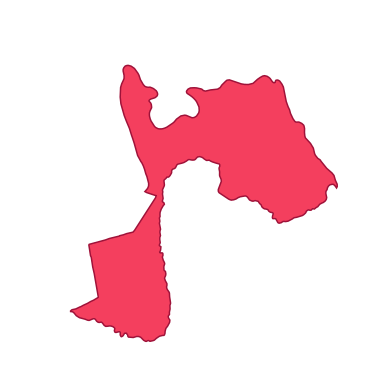 outline of Chicamán, Quiché, Guatemala, rotated 78°
{"feature_id": "79465075B15638381256287", "entity_name": "Chicamán", "entity_type": "district", "adm_level": 2, "iso_a3": "GTM", "parent_name": "Guatemala", "parent_adm1": "Quiché", "projection": "orthographic", "projection_center": [-90.638, 15.4], "detail": "fine", "context": "isolated", "style": "filled", "palette": "rose", "viewbox_px": 384, "rotation_deg": 78, "n_neighbors": 0, "source": "geoboundaries", "source_scale": "gbopen_adm2", "svg_char_len": 6012}
<svg xmlns="http://www.w3.org/2000/svg" viewBox="0 0 384 384"><g transform="rotate(78 192 192)"><path d="M218.1,49.8L216.9,48.8L214.5,48.4L210.4,49.3L205.3,49.7L202.5,51.1L196.9,55.3L188.8,59.4L187.6,59.8L187.1,60.1L185.2,62.0L181.7,63.7L179.9,64.1L174.3,64.2L169.1,66.0L162.7,69.8L160.7,70.0L157.2,69.6L153.3,68.7L150.7,68.7L149.8,68.9L147.7,70.4L146.0,72.6L145.6,73.6L145.5,74.8L145.2,75.7L144.9,76.2L144.2,76.8L141.3,78.0L135.7,79.3L131.9,79.5L128.5,80.3L123.1,81.0L108.3,80.8L105.2,81.6L101.8,83.1L100.9,84.0L100.3,84.9L100.1,86.5L100.8,87.3L102.1,87.9L102.2,89.1L101.2,90.3L97.2,92.0L96.0,92.9L94.4,94.5L93.3,96.9L93.3,98.8L94.1,101.4L95.4,104.5L98.4,109.6L98.6,114.4L97.7,118.2L96.5,121.3L90.1,132.1L89.9,134.5L90.7,136.1L93.6,140.6L95.7,142.7L96.7,145.6L96.0,152.7L96.1,157.9L95.1,159.8L93.7,160.8L93.1,161.6L91.2,165.7L90.5,168.1L89.9,171.7L90.1,173.0L90.6,174.6L92.0,176.2L92.8,176.6L94.0,176.5L94.8,176.0L96.6,174.2L98.7,172.3L100.6,170.9L103.1,169.4L105.2,168.6L110.2,167.5L113.8,168.0L115.9,168.9L118.7,171.8L119.6,174.3L119.4,176.5L115.8,181.8L115.3,183.3L115.3,187.1L117.5,192.0L119.8,194.9L120.7,196.6L123.3,203.0L123.8,205.2L124.0,207.3L123.9,209.0L123.4,211.1L122.9,212.2L121.3,214.2L119.9,215.1L114.0,217.3L111.7,217.7L109.0,217.8L107.4,217.6L105.8,217.2L104.0,216.2L101.2,214.0L100.2,213.8L97.9,213.6L96.4,213.9L94.2,215.1L93.5,214.9L92.9,214.1L92.5,212.8L92.1,208.7L91.3,207.0L90.7,206.1L89.6,205.4L88.2,205.2L86.7,205.5L85.6,205.9L82.9,208.1L81.7,209.7L80.7,211.3L80.5,213.0L79.9,214.6L78.8,216.2L76.6,217.4L71.4,219.1L66.8,219.6L64.6,220.2L59.2,222.6L56.3,225.3L55.0,227.7L54.7,229.2L54.9,231.1L56.2,232.8L57.6,233.8L59.3,234.2L63.9,234.2L66.7,234.8L68.0,235.6L71.6,238.3L74.9,240.1L84.2,242.5L91.0,243.2L103.1,242.4L108.8,241.5L116.7,240.0L124.3,239.3L125.6,239.1L132.1,238.4L145.0,237.6L151.8,235.6L152.7,235.1L156.3,234.2L159.8,233.7L164.6,233.4L167.4,232.9L174.5,232.6L177.0,233.2L178.5,234.1L179.6,235.1L181.8,238.0L183.1,236.5L187.7,228.7L188.1,227.8L190.1,228.9L215.0,253.6L217.6,256.2L219.0,258.1L219.1,264.5L219.6,268.1L219.7,271.9L220.0,272.3L220.3,282.5L220.9,286.7L221.8,303.4L222.4,303.9L233.2,304.5L234.9,304.1L244.7,304.7L251.3,304.6L275.3,305.5L275.6,305.7L277.4,310.9L278.0,313.8L279.2,317.4L280.2,321.9L281.1,324.8L281.1,325.4L282.2,330.0L282.2,333.7L282.3,334.1L283.1,335.5L283.7,335.6L284.3,333.8L284.8,333.3L285.8,332.5L288.9,330.9L290.9,328.9L291.6,328.1L294.2,323.0L295.6,320.9L296.0,320.0L296.2,319.2L296.1,318.5L295.5,315.3L295.5,314.5L295.7,313.8L296.5,313.0L298.6,312.1L299.9,310.9L300.3,309.9L300.4,307.9L300.7,307.4L301.8,306.7L304.1,305.7L305.4,304.5L305.7,303.0L305.9,300.3L306.3,299.0L307.3,297.3L308.9,296.0L309.5,295.9L311.6,296.8L312.9,296.6L313.2,296.4L313.6,295.6L313.5,292.4L313.6,292.0L314.1,291.5L314.7,291.4L316.7,291.9L317.2,291.9L318.6,291.5L318.9,291.0L318.6,289.9L318.1,289.1L316.3,287.5L316.2,287.0L316.4,286.0L316.6,285.4L317.5,285.2L318.5,284.7L320.0,284.7L320.7,284.3L322.1,279.8L321.8,276.1L322.3,274.1L323.4,272.4L327.0,270.1L328.3,268.6L328.5,268.1L328.6,267.5L328.2,266.3L328.2,265.7L328.5,265.0L329.2,264.3L329.3,263.8L329.3,261.0L329.1,259.7L328.4,258.4L327.8,257.5L326.3,253.8L326.2,250.7L326.4,249.3L326.1,248.7L324.6,247.8L322.8,247.3L320.3,246.1L319.8,245.7L318.2,243.8L315.0,241.1L313.2,240.4L312.5,240.3L310.7,241.1L309.1,241.2L308.3,240.9L307.1,239.5L304.9,239.1L301.9,237.8L298.3,237.2L296.7,236.2L295.6,236.0L290.1,235.7L286.2,235.1L285.0,235.3L282.4,236.4L281.1,236.7L279.5,236.6L278.3,236.0L276.6,235.6L276.0,235.7L273.3,236.5L270.9,236.8L270.2,236.6L268.3,235.2L266.7,234.6L264.3,234.5L263.9,234.7L263.1,235.4L262.5,235.6L259.7,235.2L258.5,234.8L256.7,233.7L255.9,233.6L254.7,233.8L252.8,234.3L250.1,234.5L249.4,234.5L248.0,233.6L246.3,233.3L245.8,233.4L245.3,233.9L245.2,234.8L244.8,235.8L244.5,236.1L243.9,236.1L243.2,235.3L242.0,234.7L239.1,233.8L237.7,235.0L237.2,235.0L236.4,234.6L235.3,233.8L234.7,233.6L231.8,233.4L230.4,233.1L229.7,232.9L228.1,231.9L224.6,231.8L222.8,231.1L222.1,230.6L221.4,230.5L215.7,230.4L214.4,229.7L213.7,229.5L210.7,229.3L209.2,228.3L207.6,228.1L205.4,227.5L202.4,225.7L199.6,223.2L198.3,221.6L196.8,221.7L195.3,222.9L194.8,222.9L192.2,221.6L188.0,221.3L187.2,221.1L186.3,220.7L185.5,220.5L184.1,220.5L183.6,220.3L180.1,217.8L179.2,217.5L175.1,217.1L174.4,216.6L173.2,214.5L172.3,213.6L172.3,213.1L172.5,211.9L172.1,211.0L171.2,209.9L169.3,208.2L168.8,207.9L167.0,207.5L166.3,207.0L165.8,206.3L165.6,205.8L165.4,204.3L164.9,203.2L162.4,201.2L162.1,200.8L161.8,199.9L161.7,196.0L161.5,193.9L160.7,191.3L159.7,189.1L159.6,188.5L159.8,187.6L160.5,186.1L161.0,184.4L161.1,182.8L160.7,181.8L159.9,180.8L158.9,179.3L159.0,177.0L160.1,175.1L160.8,174.3L162.1,173.3L164.0,171.4L164.2,170.9L164.4,169.0L164.6,168.4L165.6,167.4L166.8,165.8L168.9,162.2L170.2,159.6L171.1,159.2L171.7,159.3L172.6,159.5L173.9,160.4L174.9,160.7L178.0,160.8L181.1,161.5L182.0,161.6L185.7,160.9L187.7,161.1L194.6,165.5L195.4,165.9L197.0,166.1L197.7,165.9L198.5,165.5L206.5,157.7L207.3,156.7L208.1,155.3L208.3,152.8L208.0,150.4L207.1,148.1L206.7,145.8L206.9,141.0L207.1,140.2L208.3,138.9L211.5,137.5L212.1,137.0L213.4,135.1L213.7,133.8L213.5,132.1L214.9,129.2L217.5,128.2L217.9,127.8L218.6,127.2L221.1,126.7L222.7,125.6L223.5,124.7L224.1,123.1L224.8,121.8L225.4,121.3L226.5,121.0L227.5,120.2L228.1,119.5L229.0,117.5L229.5,117.2L230.2,117.1L232.2,118.2L233.7,118.7L234.7,118.6L235.0,118.0L235.1,117.2L235.4,116.0L235.8,115.6L239.6,114.4L240.1,114.1L240.6,113.3L240.6,111.2L239.8,109.3L239.8,108.8L239.9,108.1L240.4,106.6L240.5,104.1L239.2,99.4L238.6,98.1L238.4,97.2L238.5,94.9L238.0,89.1L237.5,87.6L236.4,85.7L235.8,84.9L234.6,84.2L233.9,82.8L233.7,81.7L234.3,80.6L234.5,79.5L234.4,79.0L233.5,77.7L233.5,77.1L234.1,76.0L233.9,75.4L233.1,74.0L232.5,72.0L231.4,70.7L230.5,69.5L229.9,67.5L229.5,65.5L229.1,64.8L228.6,63.7L227.2,62.2L225.4,61.4L221.5,61.4L220.0,61.1L219.2,60.8L217.6,59.3L216.0,58.6L214.5,57.2L213.7,55.7L213.6,53.3L214.0,52.0L216.1,50.6L218.1,49.8Z" fill="#f43f5e" stroke="#9f1239" stroke-width="1.5"/></g></svg>